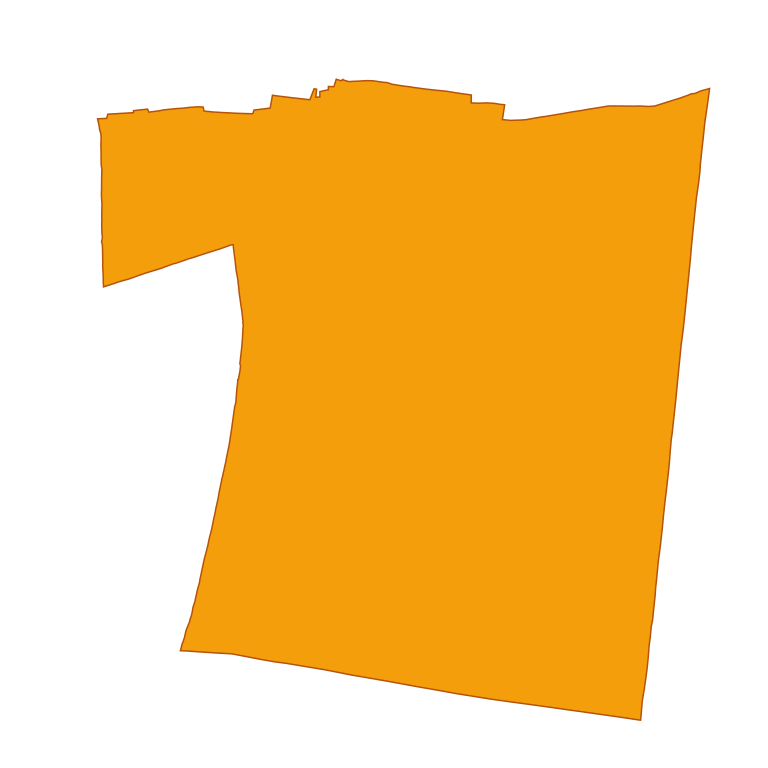 Thawi Watthana, Bangkok Metropolis, Thailand, rotated 94°
{"feature_id": "78962969B31670435766777", "entity_name": "Thawi Watthana", "entity_type": "district", "adm_level": 2, "iso_a3": "THA", "parent_name": "Thailand", "parent_adm1": "Bangkok Metropolis", "projection": "natural_earth1", "projection_center": [100.363, 13.77], "detail": "fine", "context": "isolated", "style": "filled", "palette": "amber", "viewbox_px": 768, "rotation_deg": 94, "n_neighbors": 0, "source": "geoboundaries", "source_scale": "gbopen_adm2", "svg_char_len": 5946}
<svg xmlns="http://www.w3.org/2000/svg" viewBox="0 0 768 768"><g transform="rotate(94 384 384)"><path d="M664.3,568.5L664.1,564.2L664.1,549.2L664.0,530.2L663.8,517.1L667.6,485.3L668.8,473.4L669.5,461.8L673.2,423.0L676.5,396.9L680.3,359.3L683.5,330.8L686.1,305.5L687.6,292.1L687.6,291.6L687.7,291.3L690.8,256.7L692.3,235.3L693.5,216.2L696.5,173.0L699.3,132.9L701.5,104.6L696.3,104.4L695.5,104.4L694.5,104.4L686.0,104.3L683.6,104.3L681.2,104.1L680.5,104.1L679.8,104.0L677.0,103.8L676.1,103.7L675.9,103.7L670.0,103.0L666.2,102.8L664.8,102.7L657.9,102.2L649.8,101.7L649.4,101.7L648.9,101.7L647.4,101.6L647.0,101.6L646.3,101.6L640.3,101.4L639.3,101.4L634.2,101.3L628.4,101.3L623.8,101.1L620.3,100.9L619.8,100.8L618.1,100.7L617.6,100.7L607.4,100.5L601.6,99.7L601.3,99.7L601.0,99.7L600.5,99.6L599.9,99.6L598.2,99.5L592.8,99.4L592.1,99.3L591.7,99.3L590.7,99.3L574.1,98.7L573.6,98.8L573.4,98.8L572.7,98.8L572.4,98.8L572.1,98.8L571.6,98.8L567.7,98.8L561.5,98.5L560.5,98.5L554.6,98.3L553.5,98.3L551.7,98.2L551.0,98.2L544.2,98.1L538.5,97.8L525.9,97.0L515.5,96.6L507.8,96.3L494.9,96.0L487.5,95.7L480.3,95.4L468.7,94.8L448.7,94.0L440.7,93.8L439.7,93.8L438.7,93.8L431.0,93.8L426.9,93.7L419.8,93.6L418.5,93.5L411.7,93.0L410.7,93.0L379.1,91.8L358.6,91.3L342.1,90.8L324.3,90.3L308.2,89.3L291.8,88.7L268.1,88.0L255.9,87.6L239.3,87.1L225.3,86.9L210.4,86.5L192.5,85.9L175.9,85.3L161.6,84.2L150.8,83.7L141.5,83.7L127.5,83.2L115.8,82.7L100.6,82.2L98.2,82.0L91.2,81.5L79.2,80.6L66.5,79.8L67.9,83.7L69.2,87.5L69.8,88.9L71.4,91.9L72.0,93.2L72.6,94.5L72.7,95.5L72.9,96.6L73.1,97.6L73.5,98.6L74.4,100.1L78.3,109.1L82.0,118.6L87.0,131.2L87.7,133.0L87.8,133.2L88.7,139.5L88.8,144.4L88.8,147.7L89.4,154.4L90.6,173.9L91.0,179.3L93.3,189.1L95.6,199.1L97.3,205.7L99.1,214.0L101.5,223.6L103.2,230.7L105.9,242.0L106.5,245.1L108.0,251.4L110.3,260.3L111.0,264.7L112.2,276.0L112.0,284.3L97.0,283.1L96.9,287.8L96.5,291.5L96.3,295.2L96.4,298.8L96.4,300.6L96.5,302.1L96.7,303.7L96.8,304.6L96.9,305.5L97.1,307.5L97.2,308.1L97.2,308.7L97.2,309.3L97.3,310.1L97.4,311.1L97.4,313.1L97.5,316.6L89.6,317.1L88.4,333.8L88.3,334.3L87.6,342.1L87.4,348.7L87.2,356.0L86.8,364.2L86.2,373.9L85.6,380.6L85.5,384.0L84.9,392.0L84.6,394.1L84.6,395.1L84.6,395.7L84.1,398.1L83.2,401.4L83.1,401.8L83.1,404.9L82.8,409.2L82.3,416.1L82.6,422.7L83.6,430.3L84.2,435.7L84.8,440.2L83.7,445.2L83.5,446.2L83.4,446.4L83.2,446.4L83.4,446.7L84.4,447.8L84.4,448.2L83.3,452.9L87.1,453.8L90.9,454.8L91.1,460.2L94.3,460.0L96.8,468.4L102.1,468.0L102.7,472.1L95.6,471.8L94.6,471.8L94.4,474.3L105.6,477.8L104.9,494.0L104.9,495.2L104.8,496.6L104.0,511.9L103.7,515.4L116.7,516.8L119.8,532.8L122.6,533.5L123.3,533.7L123.6,534.1L124.2,549.5L124.3,556.3L124.5,564.6L124.5,568.9L124.6,573.5L124.4,577.6L124.4,580.3L124.3,581.4L124.2,582.6L123.0,583.0L121.3,583.4L120.3,583.8L120.5,589.4L121.7,597.8L122.4,601.2L122.4,601.6L122.8,603.4L123.1,605.5L123.2,606.2L123.5,608.8L125.2,618.9L126.1,623.7L126.9,626.4L127.2,627.6L129.2,637.5L126.3,639.0L127.6,646.6L128.7,652.3L128.8,653.0L130.8,652.8L134.1,678.3L138.4,679.2L139.4,688.2L141.7,687.6L143.8,686.9L144.6,686.7L145.2,686.5L145.9,686.3L147.3,686.0L149.4,685.6L150.1,685.4L152.6,684.5L153.4,684.1L154.0,684.0L154.7,683.8L156.3,683.6L158.9,683.3L165.2,683.1L166.2,683.0L173.4,682.3L179.9,681.9L184.2,681.5L187.6,680.9L189.6,680.3L192.0,680.3L197.3,680.1L203.6,679.7L207.8,679.4L215.1,679.1L219.9,678.5L224.0,677.9L229.9,677.6L237.6,677.2L238.6,677.1L241.0,676.8L244.1,676.8L248.2,676.4L253.1,675.9L255.6,675.5L256.1,675.4L257.1,675.2L259.0,675.2L259.4,675.3L261.7,675.7L262.5,675.5L263.6,675.0L264.9,674.7L268.2,674.3L272.1,673.9L278.4,673.4L279.4,673.3L280.6,673.2L282.4,673.0L285.8,672.9L291.1,672.2L295.1,671.7L296.9,671.6L297.8,671.5L303.6,671.0L304.5,670.7L306.7,670.6L302.5,660.1L302.2,659.4L300.7,656.0L297.1,646.0L294.8,640.6L293.9,638.7L292.0,634.4L291.7,633.5L290.4,630.6L284.5,615.3L284.3,614.8L279.2,603.4L279.0,603.1L278.4,601.1L278.0,599.9L277.7,599.2L272.7,587.5L270.4,581.3L270.0,580.5L265.1,568.5L265.2,568.3L264.9,567.9L261.2,558.4L260.9,557.6L258.8,552.8L255.8,545.9L255.6,545.1L255.7,544.6L255.7,544.1L256.2,544.1L257.8,543.8L258.2,543.8L262.7,542.9L267.7,541.9L269.6,541.5L270.0,541.4L276.2,540.3L277.3,540.1L278.1,539.9L280.1,539.6L284.4,538.6L284.8,538.4L285.7,538.2L286.0,538.1L291.0,536.9L291.4,536.9L298.2,535.6L298.5,535.6L301.8,535.0L303.2,534.9L303.9,534.7L304.1,534.6L304.3,534.6L311.2,533.1L311.9,533.0L320.3,531.1L320.6,531.0L329.0,529.5L329.8,529.3L330.2,529.2L333.7,528.9L334.8,528.6L335.4,528.5L338.6,528.6L340.4,528.5L347.3,528.4L351.9,528.4L358.1,528.5L365.2,528.8L366.1,528.9L370.3,529.0L372.8,529.2L374.3,529.1L374.8,528.8L375.5,528.4L381.1,528.6L385.8,529.2L386.6,529.3L389.3,529.6L389.8,529.9L389.9,530.2L390.1,530.2L391.4,530.1L395.9,530.2L396.1,530.3L402.4,530.5L405.8,530.5L406.3,530.5L412.5,530.5L416.6,531.2L417.2,531.4L419.6,531.5L421.4,531.7L421.6,531.7L425.9,532.0L427.8,532.1L428.6,532.1L429.1,532.2L430.3,532.3L430.6,532.3L431.2,532.3L434.5,532.6L437.3,532.7L449.1,533.7L449.7,533.7L456.3,534.3L468.8,536.0L472.7,536.4L480.5,537.6L480.9,537.6L484.9,538.3L486.5,538.4L486.9,538.5L490.8,539.3L491.1,539.2L500.6,540.5L500.9,540.6L503.5,540.9L503.9,540.9L504.1,541.0L510.6,541.6L510.9,541.7L517.8,542.7L518.0,542.8L527.1,543.9L527.4,544.0L530.7,544.5L531.4,544.6L538.0,545.4L538.9,545.5L547.1,546.9L547.5,547.1L553.6,548.0L556.8,548.4L560.3,549.0L564.8,549.8L570.1,550.9L577.6,552.0L580.5,552.4L582.6,552.7L587.1,553.3L592.0,554.0L594.8,554.2L596.9,554.6L600.0,555.3L600.3,555.4L603.8,556.0L604.2,556.0L607.2,556.5L609.5,556.8L611.1,557.1L611.3,557.1L612.7,557.3L613.0,557.2L616.2,558.0L616.5,558.1L620.3,559.0L620.7,559.0L623.4,559.3L623.7,559.2L625.9,559.6L626.1,559.6L629.9,560.3L630.0,560.4L632.0,561.0L633.8,561.2L634.3,561.3L635.4,561.6L643.3,564.2L643.6,564.2L646.3,564.7L646.8,564.8L651.2,565.4L651.5,565.4L652.0,565.7L654.4,566.3L656.6,566.9L657.1,567.2L664.3,568.5Z" fill="#f59e0b" stroke="#b45309" stroke-width="1.5"/></g></svg>